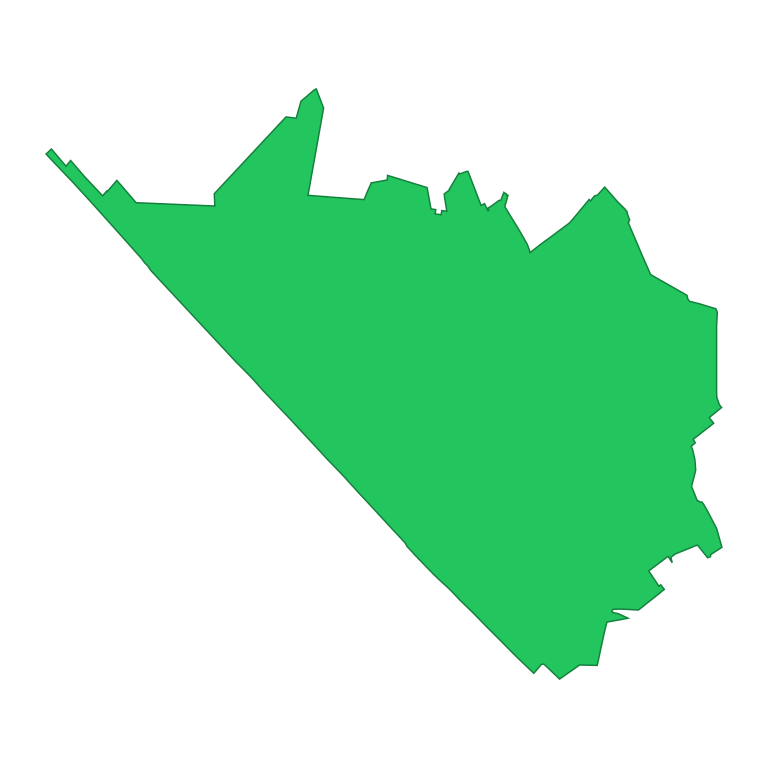 Mazatán, Chiapas, Mexico
{"feature_id": "50627088B67111551527480", "entity_name": "Mazatán", "entity_type": "district", "adm_level": 2, "iso_a3": "MEX", "parent_name": "Mexico", "parent_adm1": "Chiapas", "projection": "albers", "projection_center": [-92.476, 14.878], "detail": "fine", "context": "isolated", "style": "filled", "palette": "green", "viewbox_px": 768, "rotation_deg": 0, "n_neighbors": 0, "source": "geoboundaries", "source_scale": "gbopen_adm2", "svg_char_len": 4879}
<svg xmlns="http://www.w3.org/2000/svg" viewBox="0 0 768 768"><path d="M617.6,201.8L617.0,201.1L606.3,188.9L604.7,187.1L597.6,194.9L594.9,195.9L594.3,196.1L590.4,201.0L589.1,199.5L587.7,201.3L586.3,202.9L585.4,204.0L584.5,205.1L583.4,206.4L581.6,208.6L581.0,209.3L580.5,209.9L577.3,213.8L574.7,216.9L572.7,219.3L571.2,221.0L570.8,221.5L570.5,221.9L570.1,222.3L569.9,222.5L569.5,222.8L568.6,223.6L565.0,226.3L557.5,231.9L551.3,236.5L548.9,238.3L547.6,239.2L546.5,240.0L545.9,240.5L545.4,240.8L544.2,241.7L543.6,242.2L542.4,243.0L541.3,243.9L539.5,245.2L530.2,252.5L529.9,252.5L529.9,251.9L528.9,248.7L527.3,244.4L526.7,243.3L524.2,238.9L522.8,236.4L519.7,231.0L515.7,224.4L511.6,217.8L504.8,206.6L506.7,200.1L506.7,199.9L507.9,195.5L508.0,195.4L507.7,195.1L506.8,195.3L506.3,193.8L504.6,193.1L503.9,192.4L500.8,200.2L499.0,200.4L491.0,206.3L490.9,206.3L489.9,206.9L488.7,207.6L487.6,208.3L488.8,210.3L487.9,210.7L484.5,203.6L481.3,205.4L481.3,206.0L470.6,178.1L469.4,175.0L468.0,171.4L467.0,171.3L466.9,171.3L459.3,174.1L458.9,173.1L452.7,183.4L449.2,189.4L449.4,190.0L444.2,194.0L444.6,197.4L446.7,210.8L447.0,211.2L447.0,211.3L442.2,210.6L441.8,210.5L441.1,214.8L438.9,214.4L435.1,213.9L435.8,209.6L432.3,209.1L431.0,208.9L427.1,187.6L387.6,175.4L387.2,180.0L371.2,182.9L370.2,185.3L367.9,190.4L367.0,192.5L365.9,195.2L364.8,197.9L364.1,199.6L363.6,199.6L362.6,199.5L361.5,199.4L360.4,199.3L359.3,199.2L358.2,199.2L357.1,199.1L356.0,199.0L354.9,198.9L353.8,198.8L352.7,198.8L351.6,198.6L350.5,198.6L349.4,198.5L348.3,198.4L347.5,198.3L347.2,198.3L346.1,198.2L345.0,198.2L343.9,198.1L342.8,198.0L341.7,197.9L340.6,197.8L339.5,197.7L338.4,197.6L337.3,197.6L336.2,197.5L335.1,197.4L334.0,197.3L332.9,197.2L331.8,197.2L330.7,197.1L329.6,197.0L328.5,196.9L327.4,196.8L326.3,196.7L325.2,196.6L324.1,196.5L322.9,196.5L310.7,195.5L308.0,195.3L323.6,108.1L316.3,89.0L316.2,88.9L314.1,90.0L300.9,101.3L298.8,109.0L296.2,118.2L286.0,116.9L214.3,193.7L214.8,206.0L209.4,205.8L136.1,202.7L116.9,180.4L107.2,191.6L106.8,191.0L102.6,195.8L84.8,176.9L70.6,160.5L66.0,166.2L51.4,149.0L48.1,152.2L47.0,153.1L46.1,154.0L48.9,157.1L55.8,164.4L62.0,170.9L69.1,178.4L71.5,180.8L87.1,197.8L97.5,209.3L126.8,242.0L141.7,258.8L144.7,262.9L147.9,266.1L150.8,270.5L236.5,362.5L246.2,372.2L252.9,379.1L262.7,390.2L289.9,418.8L302.1,432.1L313.6,444.4L327.9,459.9L343.0,475.5L347.4,480.4L352.6,486.1L359.2,493.4L366.7,501.4L372.4,507.6L388.3,524.8L405.1,542.9L407.1,546.5L413.3,553.2L414.9,555.1L416.6,556.7L417.4,557.5L417.8,558.0L418.3,558.5L418.5,559.0L419.0,559.3L419.5,559.8L420.1,560.4L420.6,560.9L421.2,561.5L421.6,562.0L422.4,562.8L423.6,564.0L426.8,567.4L431.2,571.8L433.2,574.0L433.4,574.2L434.3,575.0L438.2,578.8L450.3,589.9L459.8,600.0L462.2,602.3L473.4,613.2L485.7,625.8L495.0,635.1L503.1,643.2L511.9,652.2L519.0,659.2L527.2,667.0L533.8,673.3L539.9,666.2L541.6,664.2L544.0,664.2L559.1,678.6L559.6,679.1L559.8,678.9L579.6,665.0L597.2,665.4L598.7,658.9L598.7,658.7L599.0,657.1L599.3,655.8L600.9,648.3L601.0,648.0L601.0,647.7L601.1,647.4L601.2,646.8L601.4,646.0L601.5,645.6L604.0,633.9L606.9,622.2L607.0,622.1L610.7,621.4L611.6,621.3L612.4,621.1L613.1,621.0L614.0,620.8L615.0,620.6L616.0,620.5L617.0,620.3L627.1,618.4L628.0,618.2L618.1,613.6L614.1,612.8L611.9,611.9L612.1,610.3L613.3,609.3L621.1,609.1L638.3,610.0L639.9,608.9L645.6,604.3L651.2,599.9L656.7,595.5L661.8,591.4L662.1,591.1L664.3,589.4L660.7,584.8L659.9,585.4L658.9,586.2L654.8,580.0L654.7,579.9L648.9,571.1L648.8,570.9L650.9,569.3L653.0,567.7L655.2,566.1L657.3,564.5L659.4,562.9L661.5,561.3L663.6,559.7L665.7,558.1L667.8,556.5L668.1,556.4L671.9,562.2L672.1,562.1L670.8,557.4L675.2,554.0L697.4,545.0L707.6,557.7L710.5,556.7L710.7,554.6L721.9,547.3L716.7,528.7L707.4,510.8L703.4,503.9L702.8,503.3L702.5,502.8L702.2,502.2L701.8,502.0L701.3,502.0L700.6,502.0L699.7,501.8L699.1,501.3L698.4,500.9L697.4,500.9L696.9,499.8L693.3,490.7L691.5,486.5L693.2,480.1L694.8,474.0L694.9,473.7L695.4,471.2L695.5,471.0L695.7,470.3L695.2,463.2L695.0,460.8L694.7,458.7L693.8,454.7L693.3,452.5L693.0,451.4L692.8,450.3L692.6,449.5L692.1,448.3L691.4,446.7L691.2,446.2L695.3,442.9L693.2,439.4L694.7,438.1L712.5,424.2L713.7,423.2L709.2,417.7L712.6,414.8L714.4,413.4L715.4,412.6L716.3,411.8L717.2,411.1L718.1,410.3L719.1,409.5L720.0,408.8L721.3,407.7L721.6,407.5L719.3,404.6L716.8,397.3L716.6,391.2L716.6,325.6L717.0,318.6L717.3,312.5L717.3,312.3L716.0,308.9L715.0,308.5L705.7,305.7L701.5,304.4L699.1,303.7L692.1,301.9L690.7,301.7L689.7,301.3L688.0,299.4L687.7,298.4L687.0,295.4L682.6,292.7L681.6,292.2L680.2,291.4L677.6,290.0L677.5,289.9L677.3,289.8L677.1,289.7L656.2,277.8L650.6,274.5L641.9,254.8L639.2,248.3L635.1,238.7L628.5,223.3L628.1,222.8L628.7,222.2L628.7,221.6L629.0,221.1L629.5,220.5L629.7,220.0L627.7,214.8L627.4,213.5L627.2,212.8L627.0,211.7L626.7,211.0L625.7,210.3L624.9,209.0L617.6,201.8Z" fill="#22c55e" stroke="#15803d" stroke-width="1.5"/></svg>